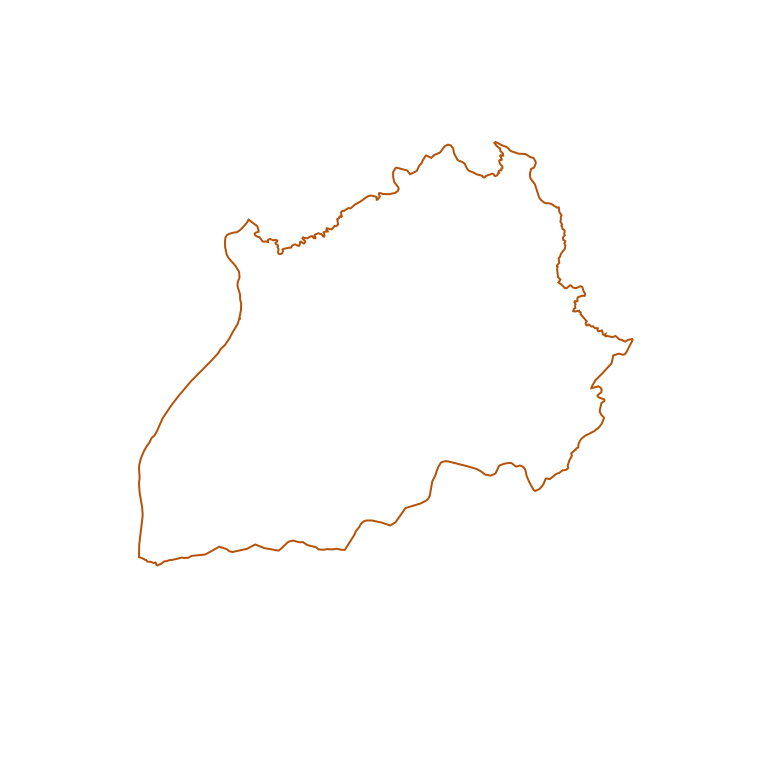 the district of Alas, Manufahi, East Timor, rotated 119°
{"feature_id": "22284137B36199594403094", "entity_name": "Alas", "entity_type": "district", "adm_level": 2, "iso_a3": "TLS", "parent_name": "East Timor", "parent_adm1": "Manufahi", "projection": "mercator", "projection_center": [125.842, -9.043], "detail": "fine", "context": "isolated", "style": "outline", "palette": "amber", "viewbox_px": 768, "rotation_deg": 119, "n_neighbors": 0, "source": "geoboundaries", "source_scale": "gbopen_adm2", "svg_char_len": 6154}
<svg xmlns="http://www.w3.org/2000/svg" viewBox="0 0 768 768"><g transform="rotate(119 384 384)"><path d="M654.1,514.4L653.5,509.5L653.6,507.4L653.2,506.5L654.0,505.4L653.9,504.5L652.7,502.0L652.3,498.8L651.0,497.3L651.2,496.5L652.4,495.7L652.6,494.3L649.4,491.8L645.7,490.2L644.3,488.2L641.8,486.0L640.6,484.0L633.8,476.6L632.8,473.9L630.8,470.9L627.6,468.9L619.8,457.7L606.2,449.2L604.9,442.8L604.7,441.1L605.3,438.5L604.4,435.1L594.7,424.0L586.8,418.8L585.6,409.3L581.0,395.8L580.5,395.2L577.3,394.0L569.2,391.5L567.9,390.7L565.0,387.6L563.6,381.6L561.6,378.3L562.1,373.1L559.7,364.3L560.4,361.4L560.1,360.4L558.4,356.7L556.0,353.7L553.5,348.6L551.2,345.9L549.5,340.6L548.3,338.3L547.8,337.8L529.9,336.8L526.2,337.3L521.1,336.3L517.7,336.4L515.5,335.9L513.9,335.0L512.1,333.5L509.2,328.4L506.3,318.7L504.7,309.9L499.3,306.9L482.0,305.0L470.7,294.0L465.5,290.6L462.8,289.7L459.2,289.9L446.0,294.5L437.8,294.9L434.9,295.7L430.3,296.3L425.1,296.1L423.5,294.9L421.4,292.4L420.4,289.6L415.4,270.8L413.5,262.1L413.4,257.1L414.2,251.6L412.4,246.3L409.0,243.6L407.8,243.1L401.0,243.6L399.5,243.5L398.5,242.9L395.0,239.7L391.8,235.5L391.4,233.9L392.2,229.2L391.8,227.7L389.7,226.0L389.2,225.1L389.1,221.9L390.3,219.0L395.3,214.6L399.2,209.6L403.3,203.2L404.1,201.6L404.3,200.0L400.4,197.1L396.6,196.2L394.2,196.0L388.7,196.7L387.9,196.3L386.8,192.9L378.9,189.6L376.8,187.6L372.9,186.0L371.2,183.4L368.9,182.3L368.1,182.2L366.2,183.8L361.4,184.8L355.6,184.9L354.0,186.6L349.1,185.0L348.7,184.4L347.8,184.7L347.0,184.5L345.2,183.4L341.6,185.0L337.0,185.0L332.5,183.4L323.0,177.1L320.8,176.4L318.8,175.2L313.3,174.3L307.2,175.0L306.6,175.7L305.7,178.8L303.8,181.7L302.2,182.6L295.2,184.6L292.1,183.0L291.3,183.3L290.7,184.0L291.6,189.2L291.2,191.3L290.4,191.7L285.7,190.0L283.3,191.0L282.2,192.9L282.1,195.4L287.2,200.6L286.2,201.0L278.1,200.9L268.8,198.2L255.5,195.0L247.8,197.3L243.6,193.3L242.6,189.2L241.1,187.7L238.1,187.4L224.9,187.9L224.4,188.7L225.8,190.5L227.2,192.1L229.9,193.6L230.2,194.2L230.1,196.9L231.0,200.3L230.3,201.9L229.8,204.9L232.3,206.8L233.7,212.0L234.9,213.3L234.4,214.1L232.9,214.4L234.5,215.4L234.6,216.4L231.5,219.2L234.0,222.1L233.4,223.3L231.6,224.0L232.9,226.8L232.2,229.2L233.2,230.6L232.6,233.5L233.0,234.1L233.9,234.2L234.5,235.2L233.6,236.9L232.2,237.3L230.9,237.0L227.6,246.1L226.0,246.6L226.1,248.3L225.3,248.9L228.1,252.2L228.6,253.8L225.9,254.4L224.7,253.5L223.0,254.8L221.3,255.2L220.2,257.0L219.0,257.2L218.3,255.4L217.7,255.0L215.4,256.4L213.6,256.3L212.4,254.8L210.8,253.7L209.6,251.2L207.8,251.6L206.3,254.1L203.0,257.7L203.0,258.7L203.6,260.1L206.1,261.7L207.5,263.1L208.0,265.6L207.2,268.2L207.4,269.1L211.6,270.6L212.4,272.2L210.9,277.4L210.6,280.7L207.2,280.3L206.2,283.6L199.4,288.4L197.3,288.9L197.2,289.9L196.4,290.2L193.0,289.4L189.3,292.3L187.3,291.7L184.5,292.4L178.0,291.4L175.2,292.4L173.6,294.4L171.4,294.5L171.0,295.3L171.0,297.1L169.7,298.3L168.5,298.5L166.4,297.9L164.8,299.5L163.2,299.8L162.2,300.5L161.8,301.4L161.9,303.1L160.3,304.2L159.6,305.6L158.1,305.6L156.4,308.5L154.5,309.0L152.5,310.2L150.4,310.5L148.6,314.0L144.8,316.7L145.9,318.3L145.4,325.0L146.2,328.0L147.2,329.3L147.7,332.1L146.8,336.3L145.6,338.8L136.2,348.8L133.6,354.6L132.6,356.1L130.9,357.4L128.6,358.5L124.6,359.6L122.0,357.7L117.6,358.2L116.2,359.0L113.9,362.7L114.6,366.8L114.3,371.8L117.3,378.0L118.7,385.5L118.6,387.2L117.7,389.5L117.3,392.0L118.0,396.3L118.2,403.8L119.6,404.3L121.3,400.7L121.7,396.5L123.8,395.2L124.8,391.6L126.5,390.5L127.1,391.5L127.3,392.9L128.2,393.0L130.3,389.9L130.9,389.7L132.1,391.4L132.9,391.5L135.0,389.6L136.3,386.0L137.7,385.1L138.6,385.8L140.1,385.0L141.3,386.6L142.1,386.9L143.5,386.5L143.6,385.7L144.8,386.3L146.2,386.1L147.1,386.6L148.2,387.5L148.3,388.2L147.4,389.9L147.7,391.4L152.6,395.7L154.5,396.1L155.0,397.0L154.3,399.2L155.7,404.5L155.6,407.4L156.3,413.3L155.4,415.8L152.2,420.3L151.8,423.4L152.4,425.9L152.3,428.4L148.5,434.3L144.5,437.7L144.0,438.7L142.9,441.2L143.6,444.0L145.9,445.8L147.4,446.3L154.4,447.2L159.1,450.9L163.3,452.3L163.6,457.6L164.0,458.2L169.8,458.5L172.4,458.2L176.1,459.0L181.2,458.6L183.1,459.5L187.9,462.9L186.0,467.2L188.7,477.9L189.3,478.5L194.1,478.8L198.4,476.4L202.4,473.0L205.0,466.9L206.3,465.7L208.6,465.5L211.7,467.1L215.5,471.5L218.5,477.5L218.7,479.5L219.4,480.7L220.9,480.1L222.2,478.5L225.9,479.0L226.4,479.7L224.1,481.3L224.3,482.8L225.5,486.9L228.2,489.5L235.1,492.7L241.3,496.4L246.6,498.4L247.6,500.7L252.0,502.9L253.0,504.4L254.8,504.9L258.0,502.1L258.6,502.4L258.5,503.5L259.1,504.1L261.0,503.7L262.7,504.8L263.2,504.0L264.6,503.3L266.6,501.4L269.2,502.4L269.7,503.7L270.4,503.9L274.2,504.8L275.6,509.6L276.7,509.3L277.8,507.1L278.7,508.2L278.9,509.1L280.6,510.3L282.5,508.2L284.2,507.8L284.4,508.5L283.3,511.4L284.0,514.5L286.9,516.9L287.8,516.8L288.9,515.1L289.8,514.7L290.5,516.2L289.5,518.3L290.0,519.4L293.7,521.7L294.5,523.2L295.0,525.9L296.1,525.9L297.4,522.3L298.1,521.8L299.7,522.0L300.2,522.9L299.7,525.7L300.5,526.2L302.3,525.4L304.3,525.2L304.7,525.7L304.9,529.1L305.6,530.2L307.6,531.4L309.7,531.3L311.2,533.6L314.3,537.1L315.5,538.0L317.0,536.8L318.9,536.4L319.7,536.7L321.1,538.4L321.1,539.5L320.0,540.7L317.3,541.5L315.8,543.6L314.8,543.5L314.0,544.2L313.9,546.9L313.0,547.3L311.0,546.5L310.2,546.8L310.6,548.7L312.2,550.9L312.3,553.8L313.8,555.2L314.7,555.3L316.0,554.1L316.6,556.5L317.9,558.2L318.1,559.6L316.0,563.8L316.6,567.0L316.2,569.1L315.2,570.1L314.0,569.7L311.6,567.5L309.9,568.7L307.4,571.4L305.9,582.1L309.3,582.1L316.4,583.6L320.4,585.0L322.7,586.4L324.3,588.7L327.7,592.2L330.1,593.6L332.9,593.7L337.8,591.5L341.3,589.3L347.2,584.2L349.1,581.1L352.7,571.2L355.8,565.7L357.0,564.5L361.2,561.9L365.4,561.4L368.0,560.4L370.1,558.9L375.5,553.3L379.5,551.0L383.1,547.8L388.8,544.9L396.3,542.5L396.7,542.0L396.2,540.9L397.3,542.2L402.5,541.1L412.9,541.5L419.2,541.3L427.0,542.0L432.6,543.9L437.2,543.9L447.2,546.3L475.8,554.3L494.7,558.0L506.1,559.7L521.3,561.0L535.1,559.7L539.9,559.8L544.0,561.1L549.4,560.8L553.3,561.4L558.8,561.4L566.2,560.7L572.9,559.0L576.0,557.7L584.8,552.1L589.7,550.2L597.4,545.1L609.2,535.7L615.8,531.4L643.4,520.1L654.1,514.4Z" fill="none" stroke="#b45309" stroke-width="2"/></g></svg>